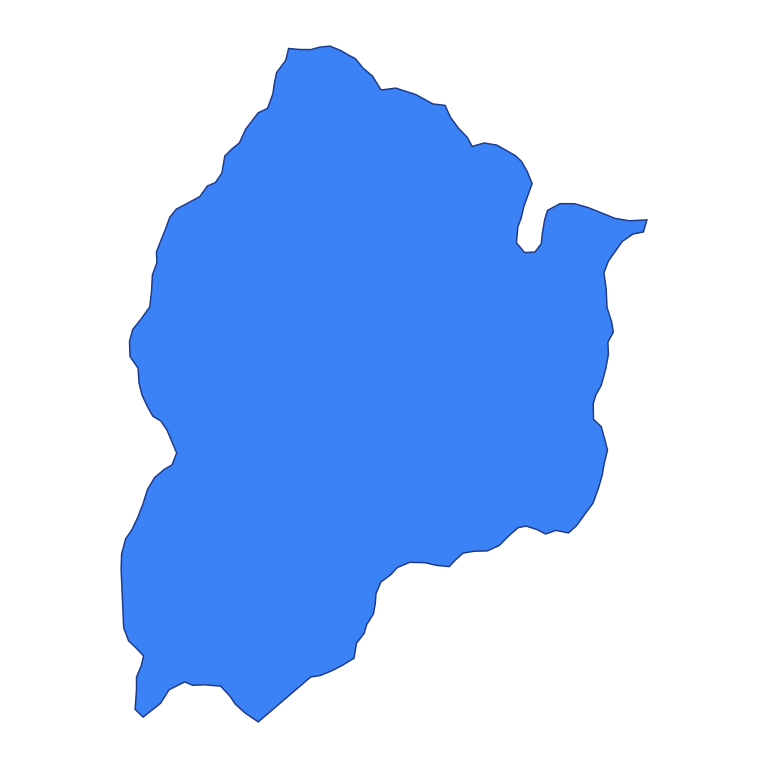 Santa Rosa de Viterbo, São Paulo, Brazil
{"feature_id": "56859067B40365394318179", "entity_name": "Santa Rosa de Viterbo", "entity_type": "district", "adm_level": 2, "iso_a3": "BRA", "parent_name": "Brazil", "parent_adm1": "São Paulo", "projection": "albers", "projection_center": [-47.361, -21.505], "detail": "fine", "context": "isolated", "style": "filled", "palette": "blue", "viewbox_px": 768, "rotation_deg": 0, "n_neighbors": 0, "source": "geoboundaries", "source_scale": "gbopen_adm2", "svg_char_len": 2093}
<svg xmlns="http://www.w3.org/2000/svg" viewBox="0 0 768 768"><path d="M310.7,49.6L299.8,49.5L288.6,48.5L285.8,60.2L276.6,72.6L274.3,83.6L272.9,93.8L267.5,108.4L258.2,112.8L246.0,128.7L239.3,143.0L231.7,149.2L224.8,156.0L221.9,173.0L215.4,182.6L207.4,186.0L199.9,196.5L188.2,202.9L176.4,209.1L169.8,217.2L164.9,230.7L160.9,240.5L156.4,252.1L156.9,262.6L152.4,275.0L151.5,292.1L149.7,307.0L140.7,319.5L132.6,329.7L129.5,341.5L130.0,356.5L138.1,368.2L139.0,383.0L142.1,395.2L147.5,406.7L152.9,416.2L161.0,421.1L167.1,430.3L176.7,453.0L172.0,464.9L164.2,469.4L154.5,477.7L147.4,489.7L143.0,503.9L137.6,517.7L131.9,529.7L125.6,538.9L121.6,554.3L121.1,569.1L123.7,627.9L128.6,640.8L136.3,648.2L143.6,655.9L141.2,666.0L136.5,677.1L136.5,690.0L135.1,709.4L143.1,717.1L160.6,703.2L169.1,689.7L184.7,681.9L192.7,685.3L204.1,684.8L220.6,686.1L230.1,696.4L235.3,704.1L244.7,712.7L258.2,721.9L310.7,677.0L320.2,675.5L331.7,670.8L342.9,665.0L354.0,658.2L356.5,643.2L364.0,633.6L366.8,624.4L373.4,613.9L375.2,604.2L376.0,593.7L380.9,582.0L391.2,574.3L397.2,567.6L409.7,562.3L425.3,562.7L436.1,565.3L449.2,566.6L455.5,559.9L463.0,553.1L474.2,551.2L487.3,550.9L499.3,545.4L509.3,535.3L518.2,527.6L526.2,526.1L537.1,529.6L545.6,534.0L555.9,530.4L568.5,532.9L576.5,525.7L586.3,512.2L593.0,503.2L598.4,488.2L602.1,475.6L604.2,463.6L607.5,450.1L605.2,440.9L601.2,426.6L593.5,419.3L593.2,403.9L595.8,395.0L601.2,385.5L605.8,368.6L608.4,354.3L607.9,342.1L613.3,332.1L611.6,321.8L607.0,307.5L606.2,289.1L603.9,272.8L608.5,260.8L615.1,251.6L622.3,241.4L632.8,234.1L643.4,231.9L646.9,219.9L629.1,220.8L614.8,218.3L588.2,207.6L574.4,203.7L559.9,203.7L547.5,210.4L544.7,219.6L542.4,233.1L541.2,243.8L534.9,252.1L524.6,252.5L516.5,242.9L517.8,226.9L521.1,218.3L523.7,207.0L532.1,183.6L527.2,171.5L521.5,161.4L515.2,155.6L507.1,150.9L496.8,145.1L484.2,143.0L472.2,146.4L467.3,137.4L458.7,128.5L450.5,117.4L445.1,105.4L432.7,103.9L416.1,94.7L407.5,91.9L395.8,88.1L381.1,90.0L372.5,76.1L363.1,68.2L355.4,58.7L347.9,54.7L340.5,50.4L329.9,46.1L319.6,47.2L310.7,49.6Z" fill="#3b82f6" stroke="#1e3a8a" stroke-width="1.5"/></svg>